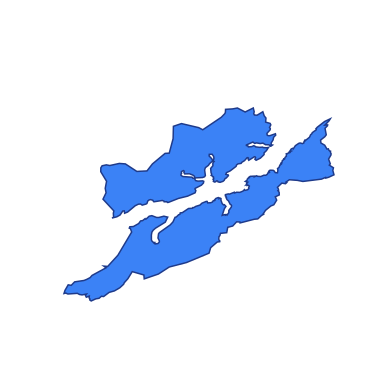 the district of Høyanger nor, Sogn og Fjordane, Norway, rotated 160°
{"feature_id": "86288312B43013877276358", "entity_name": "Høyanger nor", "entity_type": "district", "adm_level": 2, "iso_a3": "NOR", "parent_name": "Norway", "parent_adm1": "Sogn og Fjordane", "projection": "natural_earth1", "projection_center": [5.813, 61.125], "detail": "fine", "context": "isolated", "style": "filled", "palette": "blue", "viewbox_px": 384, "rotation_deg": 160, "n_neighbors": 0, "source": "geoboundaries", "source_scale": "gbopen_adm2", "svg_char_len": 6081}
<svg xmlns="http://www.w3.org/2000/svg" viewBox="0 0 384 384"><g transform="rotate(160 192 192)"><path d="M52.7,159.6L52.3,164.1L50.8,166.4L53.8,170.3L52.4,171.2L52.4,176.2L48.8,179.2L48.2,180.4L48.4,181.4L47.9,183.0L48.5,183.1L49.1,184.6L49.1,185.9L50.5,186.2L51.3,190.6L54.1,194.0L53.4,196.8L48.3,198.5L46.3,199.8L45.2,206.4L42.0,207.9L41.6,208.7L44.3,209.4L38.9,212.0L37.0,213.5L43.3,212.9L52.2,210.0L53.8,209.1L53.5,208.8L54.1,207.9L58.6,206.7L59.6,205.7L61.0,205.2L62.8,203.3L66.9,201.9L68.2,202.2L68.6,201.8L68.2,201.7L68.3,201.3L69.7,200.8L70.2,199.8L71.6,199.7L73.7,201.1L75.1,201.2L79.0,200.2L82.1,197.9L82.4,198.6L84.0,198.5L85.9,197.1L84.9,196.5L87.2,196.3L87.8,196.0L86.9,196.1L86.6,195.6L89.7,195.6L89.5,195.4L90.8,194.6L91.1,193.3L92.7,192.7L93.8,191.3L94.5,191.8L95.0,191.1L96.5,190.5L97.1,189.3L98.6,188.7L98.4,188.2L99.0,187.9L98.6,187.7L100.5,186.9L101.9,185.3L103.6,184.8L103.8,183.2L105.1,180.8L107.1,181.7L107.7,183.9L108.4,184.7L111.3,185.8L113.2,185.1L112.5,185.1L113.1,184.7L112.5,184.1L113.0,183.9L113.3,184.6L115.4,182.8L117.0,182.5L118.7,183.2L122.0,183.0L125.2,184.4L125.6,185.1L127.5,185.0L127.1,185.3L131.9,186.8L133.2,186.5L133.8,186.2L133.5,185.9L135.5,185.3L136.3,184.2L138.2,183.7L136.2,182.2L137.7,181.6L137.6,180.9L138.6,180.3L137.8,180.3L138.1,179.3L136.9,179.1L136.1,177.9L137.3,176.7L137.4,175.9L138.9,175.1L141.7,175.4L141.9,176.3L143.9,175.4L147.2,175.3L150.1,176.5L152.3,176.5L152.8,176.9L152.6,177.3L157.6,177.2L158.5,177.8L161.5,178.1L162.0,177.0L161.5,176.4L161.8,175.6L161.5,175.2L161.9,174.9L161.7,172.8L160.8,171.3L160.3,167.3L159.6,166.5L159.5,165.6L160.2,164.4L163.7,162.1L164.5,160.0L166.7,158.5L166.7,158.9L168.4,158.8L168.2,159.3L169.3,159.6L171.6,159.7L167.3,165.2L165.0,166.9L165.9,169.0L166.8,169.1L167.6,170.8L167.6,174.5L167.0,175.8L167.3,176.4L168.7,176.5L167.9,177.4L168.8,177.0L169.2,177.8L171.7,177.8L173.6,176.8L173.3,176.4L173.6,176.2L175.1,176.5L176.2,175.6L178.1,175.5L181.0,176.4L181.0,178.0L181.8,178.3L186.5,178.1L189.0,177.0L193.4,177.2L195.8,176.7L196.6,177.1L197.3,176.6L200.9,177.7L208.2,175.9L210.2,176.4L211.1,175.1L212.4,175.2L215.2,173.9L216.6,174.0L220.1,170.4L223.8,168.5L236.5,165.0L237.8,164.1L239.7,160.4L239.4,157.2L239.8,156.2L241.6,155.2L244.4,155.8L244.3,156.3L245.2,156.9L245.2,157.4L244.8,157.5L245.5,157.8L246.4,159.6L246.5,160.9L244.9,165.4L243.4,168.0L241.5,169.4L238.6,170.5L227.4,172.8L223.4,176.7L226.7,178.9L231.8,179.4L234.0,180.2L237.8,183.5L240.5,183.9L244.3,182.3L245.1,182.4L245.2,183.0L248.2,182.0L250.2,182.4L252.9,180.6L258.9,179.6L262.3,180.6L263.3,179.5L262.4,178.6L262.4,175.0L283.3,157.9L296.7,150.9L300.2,152.5L298.6,150.2L314.5,147.8L317.0,146.4L320.8,145.9L323.7,145.8L333.0,147.7L337.4,145.6L340.1,147.1L345.0,143.0L347.0,140.4L345.2,140.2L343.5,138.6L334.4,136.0L332.8,134.2L330.5,132.9L326.1,132.2L327.5,131.3L327.3,129.3L324.1,129.3L324.9,127.7L324.5,126.4L325.0,125.6L324.0,124.1L318.9,124.5L315.7,123.9L312.8,125.0L310.8,124.0L304.2,126.0L298.7,125.6L292.6,126.7L287.8,128.7L286.7,129.9L282.0,132.4L275.4,137.6L265.6,130.5L266.6,126.7L251.6,126.4L239.0,129.3L221.3,127.6L196.9,128.7L193.5,133.3L185.3,136.4L183.0,135.8L182.6,136.4L183.1,137.9L182.7,139.2L181.9,140.8L180.7,141.5L179.4,143.4L173.3,141.9L170.5,146.6L165.4,146.1L160.3,148.7L157.2,147.4L157.4,146.5L142.8,145.1L139.4,144.2L134.6,146.2L131.5,146.7L132.9,146.9L129.2,149.6L122.7,151.9L119.5,152.0L115.2,155.4L115.4,159.0L111.0,159.4L110.2,162.0L110.8,163.9L110.0,164.0L109.8,165.4L110.1,167.2L104.5,169.6L101.3,167.8L99.7,168.5L100.3,169.2L96.3,170.2L89.0,166.9L84.2,164.0L65.9,159.8L61.4,160.0L61.5,159.3L58.4,159.1L52.7,159.6ZM105.7,250.0L114.7,249.0L120.6,255.4L125.4,256.2L132.2,258.2L133.4,255.4L134.4,254.4L138.9,252.2L160.6,246.8L163.7,250.2L178.5,259.9L187.0,260.1L191.5,248.6L200.1,236.3L204.1,237.5L219.6,231.9L227.1,227.2L236.8,230.2L245.0,241.2L250.5,243.7L260.2,245.0L263.2,246.8L267.5,247.4L269.4,245.9L270.8,242.3L268.6,231.3L272.3,225.1L273.0,220.7L278.1,215.7L271.9,201.0L273.2,198.9L274.3,195.1L276.1,194.9L271.1,194.4L267.4,195.0L263.6,197.8L262.1,197.4L262.6,195.1L259.3,195.2L250.1,198.5L246.6,198.9L244.4,198.3L243.3,196.7L239.3,196.4L238.3,196.6L236.6,198.7L234.9,199.2L233.5,199.0L231.6,197.6L231.4,196.1L231.0,195.8L222.8,194.2L221.5,193.1L221.5,192.3L219.0,191.5L218.7,190.6L217.7,190.3L206.9,190.6L197.6,189.6L189.3,190.2L187.9,192.0L188.2,193.7L187.9,194.3L180.8,195.2L178.2,196.5L177.3,198.0L178.1,198.8L182.7,200.2L184.7,201.5L185.0,203.2L184.0,204.0L186.4,204.5L186.9,205.9L195.4,209.7L196.6,211.4L196.2,212.6L195.3,213.2L195.3,214.1L194.9,214.8L192.8,215.1L192.2,214.2L192.9,213.2L192.7,211.5L188.2,210.0L185.4,207.6L184.3,205.9L184.6,204.3L177.2,202.0L175.0,202.0L173.8,202.9L172.6,208.4L171.1,210.3L167.5,211.4L165.7,212.7L161.7,214.2L162.0,214.2L162.0,216.5L163.6,220.0L162.9,221.5L160.2,220.6L159.5,218.2L159.8,216.3L161.3,214.1L160.8,213.0L161.7,212.8L162.7,211.6L163.4,209.5L166.4,207.8L167.5,203.6L167.4,202.3L167.7,201.4L168.3,201.1L166.7,198.9L167.1,198.3L166.8,197.6L167.9,196.7L167.5,195.7L168.3,194.7L167.5,193.7L166.3,193.5L165.1,194.1L164.2,193.6L164.1,192.6L162.3,191.5L159.3,191.4L157.7,192.0L156.2,193.4L155.1,193.4L152.2,194.9L152.1,195.6L154.2,197.0L153.0,198.4L148.8,198.8L141.8,201.0L140.9,202.2L139.1,202.7L136.1,202.1L134.9,202.9L131.9,203.5L128.5,205.4L127.7,205.2L127.3,204.5L128.0,203.8L127.8,202.4L121.3,203.8L120.6,203.3L120.5,202.4L121.7,201.3L120.9,199.9L116.2,200.4L111.5,202.5L110.9,204.1L107.9,205.4L105.1,207.6L104.1,207.6L106.8,208.1L109.9,209.4L110.2,210.0L113.4,210.9L116.8,212.7L117.3,213.7L118.3,214.4L120.1,214.2L123.6,215.1L123.6,216.0L125.0,217.1L124.8,217.6L117.7,218.1L116.5,216.2L114.6,216.1L111.4,214.2L108.7,213.7L106.7,211.3L103.7,210.1L103.0,209.3L103.0,208.3L102.1,208.1L100.3,208.6L101.5,209.4L100.7,211.1L98.0,213.2L96.6,215.5L93.9,216.8L93.7,218.2L99.6,218.3L101.2,218.9L101.9,219.8L101.5,221.5L97.3,223.7L96.7,224.9L97.1,226.1L95.0,228.1L95.1,229.7L98.9,232.5L97.2,236.2L98.1,238.9L98.0,243.2L104.6,241.9L107.0,243.0L107.2,244.5L106.1,246.1L105.7,250.0Z" fill="#3b82f6" stroke="#1e3a8a" stroke-width="1.5"/></g></svg>